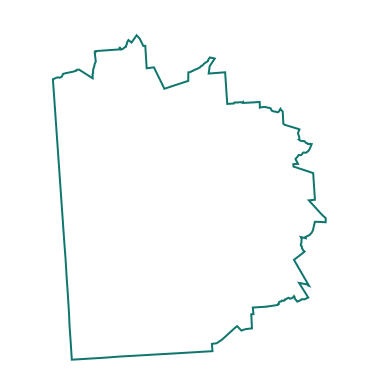 the district of Ascensión, Chihuahua, Mexico, rotated 266°
{"feature_id": "50627088B24578642235400", "entity_name": "Ascensión", "entity_type": "district", "adm_level": 2, "iso_a3": "MEX", "parent_name": "Mexico", "parent_adm1": "Chihuahua", "projection": "albers", "projection_center": [-107.265, 31.252], "detail": "fine", "context": "isolated", "style": "outline", "palette": "teal", "viewbox_px": 384, "rotation_deg": 266, "n_neighbors": 0, "source": "geoboundaries", "source_scale": "gbopen_adm2", "svg_char_len": 5760}
<svg xmlns="http://www.w3.org/2000/svg" viewBox="0 0 384 384"><g transform="rotate(266 192 192)"><path d="M314.2,61.1L179.1,61.1L147.9,61.1L134.7,61.2L114.7,61.0L96.6,61.0L87.1,60.9L76.5,60.8L67.9,60.5L47.7,60.5L33.1,60.4L32.8,93.9L32.9,107.8L32.1,171.5L31.8,201.3L39.1,201.3L39.4,206.1L42.7,211.7L53.9,225.9L55.0,227.7L50.3,231.6L50.7,232.8L51.5,236.2L51.8,242.3L65.9,242.6L65.9,244.8L72.5,244.6L72.4,258.7L72.5,258.7L73.3,269.7L73.7,270.0L74.0,270.1L74.3,270.1L74.4,270.3L74.3,270.7L74.3,270.8L74.8,270.8L75.0,270.8L75.4,271.0L75.9,271.1L76.0,271.2L76.1,271.4L76.4,271.6L76.5,271.8L76.5,272.0L76.5,272.4L76.7,272.8L76.6,273.0L76.7,273.4L76.7,273.6L77.4,274.1L77.1,276.1L77.2,276.3L77.3,276.6L77.6,276.8L77.8,277.1L78.1,277.0L78.3,277.1L78.5,277.5L78.5,278.4L78.6,278.6L78.7,278.8L79.3,279.5L79.4,280.2L79.7,280.6L79.7,281.2L79.2,281.8L78.9,282.0L79.0,282.2L78.8,282.8L79.0,284.0L79.1,284.3L80.4,286.0L81.0,286.5L80.8,286.6L80.5,286.7L80.1,287.0L79.2,287.1L78.8,287.0L78.5,287.1L78.0,287.5L77.7,287.6L77.4,287.8L77.2,288.1L76.4,288.6L76.1,288.9L75.6,289.0L75.4,289.4L75.3,289.6L75.6,290.0L75.8,290.5L75.8,290.9L76.0,291.2L76.5,292.9L77.1,293.4L77.4,294.0L77.3,294.5L77.4,294.8L77.2,295.2L77.1,295.4L77.1,296.9L77.5,297.8L77.7,298.0L77.8,298.8L78.2,299.4L78.6,300.6L93.8,292.5L91.9,300.1L91.5,300.7L90.4,301.6L90.3,301.8L90.3,302.0L90.2,302.2L117.2,289.0L124.7,300.2L125.3,299.7L125.4,299.3L125.5,299.2L126.0,298.9L126.9,298.5L127.5,298.2L127.8,298.1L128.1,297.8L128.4,297.8L128.6,297.7L129.0,297.8L129.6,297.7L130.2,297.7L130.4,297.7L130.7,297.1L131.2,296.9L131.4,296.8L132.5,297.0L133.1,297.2L133.3,297.4L133.6,297.6L134.0,297.6L134.8,297.8L135.3,297.7L135.9,297.8L136.1,297.8L136.8,298.1L137.4,298.1L137.8,298.1L138.6,297.7L138.9,297.7L139.2,297.5L139.5,297.4L137.9,302.3L139.3,302.2L139.3,302.6L139.3,302.8L139.5,303.1L140.0,303.7L140.2,304.8L140.6,305.4L140.7,305.9L140.8,306.2L142.1,307.5L142.6,308.2L143.1,308.5L143.3,308.7L145.0,309.8L145.8,310.1L153.7,312.5L153.4,316.1L152.5,323.2L156.5,323.6L160.4,319.9L175.5,308.0L175.7,314.1L202.4,314.2L210.3,295.0L212.7,295.0L212.7,299.7L217.6,297.5L217.8,297.6L217.9,297.8L218.4,298.1L218.6,298.3L218.7,298.6L219.3,299.3L220.0,299.8L220.4,300.0L220.6,300.3L220.9,300.6L221.4,300.9L221.3,301.5L221.3,302.1L221.2,302.8L221.3,303.4L221.4,303.6L221.6,304.0L221.9,304.3L222.1,304.5L222.4,304.7L223.0,305.0L223.2,305.3L223.7,306.3L223.5,306.9L223.3,307.3L223.3,308.0L223.3,308.6L223.3,308.9L223.4,309.1L223.6,309.3L224.1,309.6L224.2,309.9L224.5,310.5L225.0,311.0L225.4,311.5L225.9,311.7L226.7,312.4L231.4,314.7L231.5,314.0L231.7,313.8L231.8,313.5L231.7,313.1L231.6,312.6L231.7,312.3L231.8,311.7L231.7,311.4L231.9,310.9L232.3,310.8L232.5,310.5L232.6,310.0L232.7,309.7L232.9,309.5L233.1,309.1L233.4,308.9L233.5,308.7L234.2,308.4L234.8,307.7L234.9,307.3L235.0,307.2L235.0,306.8L235.1,306.6L234.9,306.1L235.0,305.7L235.3,305.2L235.3,304.6L235.5,304.1L235.8,303.8L235.9,303.3L236.0,303.2L236.2,302.9L236.5,302.6L236.5,302.9L237.3,302.6L237.9,302.8L238.4,302.8L240.0,302.7L240.9,302.3L241.4,302.3L242.4,302.0L243.1,301.9L243.6,301.9L245.5,302.8L245.8,303.0L246.0,303.0L246.6,303.5L246.9,303.6L247.3,302.9L252.5,289.3L253.7,287.9L266.0,288.1L266.6,287.6L267.2,286.8L268.0,286.3L268.8,286.1L268.7,286.0L268.4,286.0L268.2,285.5L267.8,285.5L267.5,285.3L267.0,284.7L266.4,284.4L266.3,284.2L265.7,283.7L265.6,283.4L265.7,282.6L265.8,281.9L266.3,281.2L266.5,280.1L266.5,279.5L266.6,279.2L266.8,279.0L267.2,277.9L267.6,277.3L267.9,277.1L268.3,277.0L268.6,276.8L268.8,276.6L269.4,276.5L269.7,276.3L270.1,276.2L270.2,275.6L270.6,274.8L270.7,274.3L270.7,273.9L271.0,273.1L271.0,272.8L271.3,272.1L271.5,271.7L271.7,271.0L271.8,268.5L271.6,266.3L271.4,265.6L277.1,265.8L277.1,259.6L277.3,249.1L278.2,249.1L278.0,248.8L278.0,248.3L277.8,248.0L278.0,247.6L277.9,247.4L278.0,247.1L278.1,246.8L278.2,246.3L278.2,244.4L278.0,243.3L278.2,243.0L278.2,242.8L278.2,242.5L278.3,241.8L278.2,241.6L278.2,241.3L278.4,241.0L277.9,240.1L277.4,239.9L277.4,233.3L309.1,233.4L309.0,216.9L316.3,218.4L323.5,224.0L323.7,223.4L324.0,222.9L324.0,222.7L324.3,221.8L324.5,220.5L324.6,220.4L324.7,220.1L324.9,219.7L324.9,219.4L324.7,219.4L324.5,219.1L324.4,218.7L323.4,218.0L323.0,217.6L322.2,217.3L322.1,217.1L321.8,217.0L321.5,217.0L321.2,216.5L320.8,215.9L320.5,215.2L320.1,214.6L319.1,212.8L318.3,212.2L317.7,211.5L317.5,211.3L317.4,210.7L317.0,209.9L316.2,209.0L315.9,208.9L315.7,208.5L315.5,208.2L315.4,207.8L314.9,206.7L314.8,206.4L314.3,205.3L314.2,204.9L313.9,203.9L313.8,203.3L313.5,202.7L313.0,201.9L313.1,201.7L312.7,200.9L312.3,199.7L312.0,199.3L311.9,198.8L311.6,197.8L311.6,197.2L311.6,196.7L303.1,196.0L299.6,182.1L296.9,171.6L299.1,170.8L319.0,162.7L318.6,155.4L341.1,155.6L341.1,153.6L348.2,150.7L348.7,150.5L352.2,147.7L345.3,142.1L348.0,139.2L347.2,138.6L346.8,138.3L346.5,138.1L346.2,138.0L346.0,137.9L345.9,137.9L345.2,137.4L345.0,137.5L344.5,137.4L343.6,137.1L343.1,136.7L342.4,136.3L342.0,136.4L341.7,136.3L341.4,136.1L341.4,135.7L341.0,134.9L339.6,133.0L339.2,132.0L339.1,131.1L339.3,131.1L339.9,131.0L340.1,130.8L340.3,130.4L340.8,130.3L341.0,130.2L341.0,129.9L339.3,129.9L339.3,105.5L338.2,105.5L338.2,104.7L328.6,105.1L327.5,104.3L326.9,104.1L326.7,103.9L326.1,103.7L325.4,103.6L324.4,103.2L323.7,103.2L322.9,102.7L321.3,102.0L321.0,102.1L320.5,102.1L320.1,101.9L319.7,101.8L318.5,101.5L318.2,101.7L317.5,101.6L317.3,101.6L317.0,101.3L316.4,101.1L316.2,100.9L314.9,101.1L314.0,100.8L313.5,100.9L313.4,100.8L312.7,101.0L312.3,100.9L321.9,88.0L322.0,86.7L321.9,85.8L321.6,85.0L321.1,85.0L320.9,84.7L320.2,80.9L319.4,74.7L318.8,71.5L318.7,71.4L317.9,71.2L317.3,70.8L316.2,70.3L315.2,68.0L315.7,66.2L315.5,65.3L315.5,64.6L315.1,63.8L314.9,63.3L314.5,61.9L314.4,61.3L314.2,61.1Z" fill="none" stroke="#0f766e" stroke-width="2"/></g></svg>